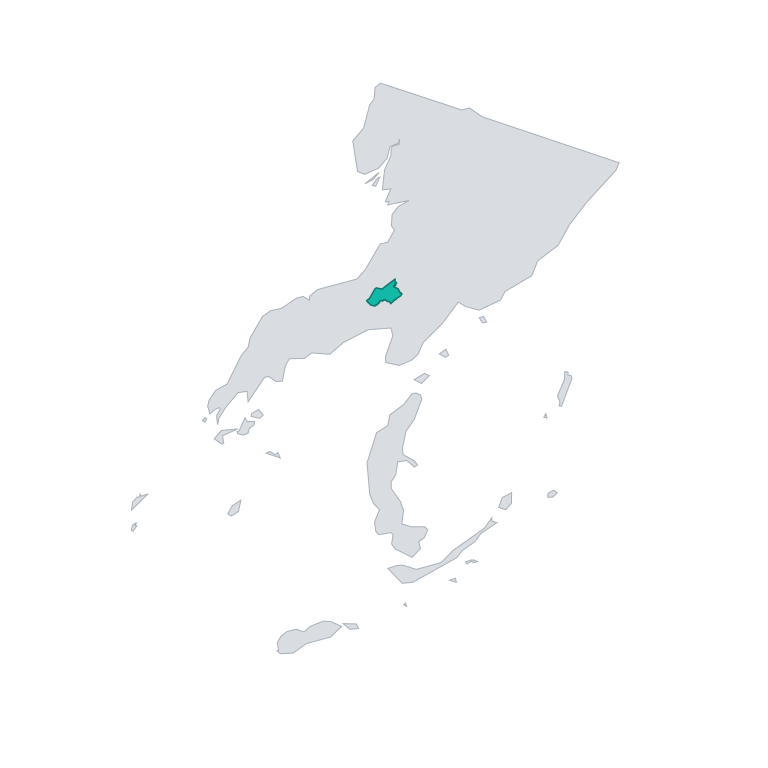 location of Menyamya District, Morobe, Papua New Guinea, rotated 109°
{"feature_id": "67681753B12937966801252", "entity_name": "Menyamya District", "entity_type": "district", "adm_level": 2, "iso_a3": "PNG", "parent_name": "Papua New Guinea", "parent_adm1": "Morobe", "projection": "orthographic", "projection_center": [146.094, -7.257], "detail": "fine", "context": "in_parent", "style": "filled", "palette": "teal", "viewbox_px": 768, "rotation_deg": 109, "n_neighbors": 0, "source": "geoboundaries", "source_scale": "gbopen_adm2", "svg_char_len": 6890}
<svg xmlns="http://www.w3.org/2000/svg" viewBox="0 0 768 768"><g transform="rotate(109 384 384)"><path d="M100.7,485.1L99.6,399.6L95.2,393.2L99.4,377.9L98.3,233.7L106.5,234.3L146.1,251.5L172.8,260.4L196.1,264.5L217.6,278.8L233.5,279.5L257.1,299.7L266.6,301.1L283.2,318.0L284.2,331.7L282.4,340.4L307.8,348.6L332.0,360.4L345.2,361.6L352.5,365.7L361.5,375.8L363.1,389.2L357.9,391.5L335.2,391.4L328.8,395.7L337.9,416.8L358.3,436.1L373.6,445.0L378.1,462.4L385.9,467.9L390.9,481.7L398.8,483.2L414.3,481.0L416.8,486.8L414.4,495.6L416.6,499.1L445.0,506.7L435.5,511.1L439.7,519.2L458.2,526.2L469.7,528.9L476.6,528.1L468.5,532.0L461.2,530.7L459.9,531.9L462.8,535.3L468.8,538.9L462.4,543.5L456.3,544.1L444.8,541.0L435.0,532.3L404.0,528.3L393.3,524.4L384.7,525.7L359.6,520.9L351.4,514.8L345.9,505.6L331.1,494.5L327.6,489.0L329.1,481.8L324.9,482.8L316.3,477.6L293.5,443.7L281.9,438.9L252.9,433.2L248.7,426.6L235.1,424.2L232.1,428.5L221.1,431.5L211.7,428.4L202.4,420.2L213.5,438.8L209.6,438.7L211.4,441.7L209.3,442.1L197.3,441.1L201.0,448.8L181.2,453.2L166.4,451.8L159.4,453.7L156.4,453.6L152.6,447.8L147.2,449.0L151.7,449.0L157.5,455.6L169.8,454.6L181.8,459.5L192.1,470.5L191.7,478.2L164.4,492.6L148.4,486.6L125.3,488.4L117.1,486.2L106.7,489.0L100.7,485.1ZM516.3,295.9L521.9,299.9L527.7,295.9L538.7,301.0L536.4,319.6L532.8,324.7L523.4,326.4L522.3,329.1L528.3,340.1L525.7,344.0L517.6,348.0L504.2,347.4L500.5,354.9L493.1,361.5L464.0,374.4L432.5,375.2L422.2,366.9L411.3,368.4L396.8,358.6L384.6,354.6L382.1,350.9L382.4,346.1L385.8,343.3L407.6,343.9L421.4,347.8L439.6,345.6L444.6,342.7L446.6,330.8L449.6,325.9L452.7,328.2L448.9,337.4L453.1,345.7L466.0,343.4L474.2,345.4L480.6,343.1L489.8,330.2L497.1,324.4L510.4,321.6L510.2,312.1L505.7,299.0L507.6,295.2L516.3,295.9ZM672.8,394.1L671.1,398.3L670.2,396.9L663.6,400.7L656.1,399.3L649.5,395.0L644.5,387.3L644.4,378.8L637.2,374.9L627.8,364.0L626.0,356.8L627.0,345.1L640.7,352.2L654.6,372.8L667.9,382.2L672.8,394.1ZM566.5,301.9L557.1,320.3L551.4,312.6L549.2,307.3L548.8,293.1L534.1,271.7L518.8,264.5L487.6,242.1L475.3,238.5L478.4,237.5L478.4,232.1L493.8,243.7L503.3,246.6L516.0,255.7L524.7,258.8L562.2,292.3L566.5,301.9ZM317.6,208.1L347.3,208.9L347.8,211.4L343.9,211.7L338.8,216.1L321.1,214.8L313.3,217.1L312.8,213.9L315.7,213.0L315.2,209.7L317.6,208.1ZM464.9,493.6L470.2,496.9L474.7,496.5L478.1,500.2L478.6,506.2L476.7,507.5L475.4,505.7L461.2,504.4L464.0,501.0L461.4,494.1L464.9,493.6ZM463.4,235.4L453.0,235.2L445.1,228.0L455.4,224.6L463.2,228.0L463.4,235.4ZM485.5,519.9L492.2,516.2L493.7,517.5L491.1,526.7L480.8,522.6L474.1,507.7L485.5,519.9ZM540.5,481.5L551.8,480.1L557.1,484.1L558.7,485.6L557.5,489.5L548.2,487.7L540.5,481.5ZM564.7,571.3L585.3,581.7L577.6,583.3L571.1,580.5L570.3,578.0L567.6,578.8L569.0,577.0L564.7,571.3ZM370.1,356.9L360.8,349.2L361.3,343.9L371.3,348.6L370.1,356.9ZM457.8,499.3L455.1,499.5L448.9,494.1L452.7,488.1L457.0,490.4L457.8,499.3ZM623.9,344.6L619.9,332.1L623.5,328.4L627.0,336.4L623.9,344.6ZM337.5,341.5L330.9,336.7L335.8,332.2L338.7,334.6L337.5,341.5ZM437.7,192.4L434.0,193.3L429.2,189.2L430.5,184.7L436.1,187.7L437.7,192.4ZM294.3,310.9L290.4,315.4L287.7,312.0L292.1,307.0L294.3,310.9ZM487.7,458.0L487.8,473.0L484.9,470.0L486.3,463.8L483.4,462.0L487.7,458.0ZM194.5,461.1L200.9,467.2L185.5,457.5L194.5,461.1ZM200.0,459.7L191.6,457.2L189.8,455.3L199.8,456.2L200.0,459.7ZM605.1,573.4L604.5,575.5L599.1,575.8L595.5,572.7L599.0,573.5L598.5,571.4L605.1,573.4ZM548.0,251.1L548.2,258.0L544.3,253.1L548.0,251.1ZM527.3,247.1L525.7,248.9L521.8,244.1L522.5,243.1L527.3,247.1ZM478.3,540.9L477.7,543.9L474.0,542.3L474.5,540.4L478.3,540.9ZM524.0,241.7L521.0,242.5L521.5,237.8L524.0,241.7ZM363.1,218.7L363.5,222.1L359.3,221.3L363.1,218.7ZM586.9,290.2L586.4,293.4L584.2,292.3L586.9,290.2Z" fill="#d9dde1" stroke="#a8b0b8" stroke-width="1"/><path d="M303.7,402.7L302.2,401.8L301.9,401.8L301.8,401.7L301.6,401.8L301.4,401.8L301.2,401.9L300.9,401.7L300.7,401.4L300.7,401.1L300.6,400.9L300.6,400.7L300.4,400.5L300.4,400.4L300.3,400.2L300.1,400.2L299.9,400.2L299.7,400.1L299.4,400.1L297.9,399.1L296.8,398.1L295.8,397.3L295.3,397.0L294.7,396.8L293.2,396.4L293.0,396.5L292.9,396.5L292.8,396.8L292.8,397.0L292.6,397.2L292.5,397.3L292.5,397.5L292.4,397.6L292.5,397.7L292.5,397.8L292.6,398.1L292.5,398.3L292.4,398.4L292.4,398.5L292.2,398.6L292.2,398.8L291.9,399.0L291.7,399.1L291.7,399.3L291.5,399.5L291.4,399.6L291.2,399.7L291.2,399.8L291.0,400.0L290.9,400.2L290.9,400.3L290.7,400.5L290.3,400.6L290.2,400.7L290.2,400.8L290.0,401.0L289.9,401.0L289.6,401.3L289.6,401.5L289.5,401.8L289.4,401.8L289.1,402.3L289.2,402.6L289.3,402.7L289.3,402.9L289.4,403.0L289.4,403.3L289.3,403.5L289.2,403.7L289.2,403.8L289.1,404.0L289.0,404.4L289.0,404.5L289.1,404.8L289.1,405.0L289.1,405.3L289.1,405.5L289.0,405.9L289.0,406.0L288.9,406.1L288.9,406.3L288.6,406.3L288.5,406.5L288.4,406.3L288.4,406.2L288.2,406.0L288.1,405.9L287.9,406.0L287.8,405.9L287.7,406.0L287.6,405.9L287.5,405.7L287.3,405.5L287.2,405.6L287.2,405.8L287.1,405.7L287.1,405.8L287.1,406.0L286.9,406.2L286.8,406.3L286.7,406.3L286.4,406.3L286.2,406.3L286.2,406.2L285.9,406.0L285.9,405.9L285.8,405.7L285.7,405.5L285.6,405.4L285.4,405.2L285.1,405.2L284.9,405.1L284.9,405.3L284.7,405.3L284.4,405.3L284.2,405.3L284.1,405.6L284.0,405.8L283.9,405.9L283.9,406.0L283.8,406.3L283.7,406.5L283.5,406.8L283.4,406.9L283.2,406.9L283.0,407.0L282.9,407.2L283.0,407.3L282.9,407.4L282.7,407.5L282.4,407.5L282.1,407.5L281.8,407.5L281.7,407.5L281.3,407.6L281.2,407.7L286.6,411.3L295.0,416.9L295.6,422.5L296.9,423.5L307.9,425.6L311.2,427.8L311.1,427.7L311.2,427.4L311.3,427.0L311.4,426.9L311.5,426.8L311.5,426.7L311.4,426.5L311.5,426.4L311.7,426.2L311.8,426.0L311.9,425.9L312.0,425.7L312.1,425.4L312.3,425.3L312.3,425.1L312.4,424.8L312.4,424.6L313.6,422.4L313.4,418.6L313.2,418.3L313.1,418.1L313.0,417.7L312.8,417.7L312.7,417.6L312.4,417.4L312.2,417.3L311.9,417.3L311.9,417.2L312.0,417.1L311.9,416.9L311.7,416.8L311.7,416.7L311.4,416.5L311.3,416.4L311.2,416.4L310.9,416.3L310.9,416.2L310.8,415.9L310.6,415.9L310.5,416.0L310.3,416.0L310.1,415.9L309.8,416.0L309.7,415.9L309.4,415.7L309.4,415.4L308.7,415.1L308.6,414.8L308.5,414.7L308.3,414.8L308.2,414.9L308.0,415.0L307.6,415.0L307.4,414.8L307.2,414.9L306.8,414.8L306.6,414.8L306.6,414.7L306.3,414.4L306.3,414.2L306.2,414.2L306.1,413.9L305.9,413.8L305.8,413.7L305.9,413.3L306.0,413.1L306.0,412.9L306.1,412.5L306.0,412.4L305.9,412.4L305.9,412.2L305.6,412.1L305.4,412.0L305.3,411.9L305.2,411.8L305.0,411.6L304.9,411.7L304.7,411.8L304.5,411.7L304.5,411.4L304.6,411.1L304.6,410.9L304.4,410.7L304.2,410.5L304.1,410.3L304.0,410.2L303.9,410.1L304.0,410.0L304.1,409.9L304.3,409.7L304.3,409.4L304.2,409.0L304.3,408.9L304.5,408.8L304.6,408.6L304.6,408.4L304.6,408.2L304.7,407.9L304.7,407.7L304.8,407.6L304.9,407.3L304.8,407.2L304.7,406.8L304.7,406.6L304.6,406.4L304.5,406.2L304.5,405.9L304.4,405.8L304.4,405.6L305.8,403.8L303.7,402.7Z" fill="#14b8a6" stroke="#0f766e" stroke-width="1.5"/></g></svg>